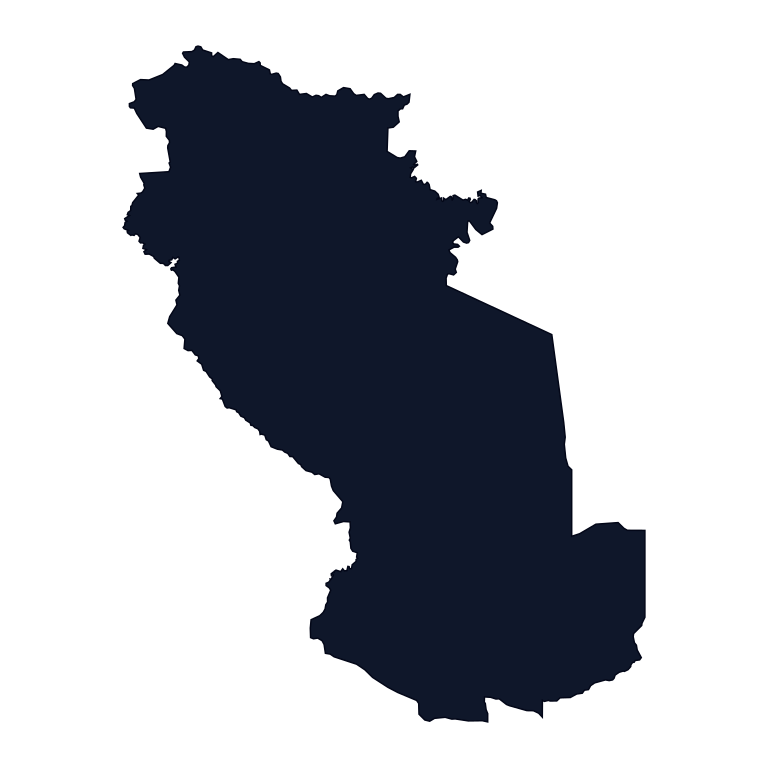 outline of Cascales, Sucumbios, Ecuador
{"feature_id": "8360857B63398910527025", "entity_name": "Cascales", "entity_type": "district", "adm_level": 2, "iso_a3": "ECU", "parent_name": "Ecuador", "parent_adm1": "Sucumbios", "projection": "mercator", "projection_center": [-77.299, 0.15], "detail": "fine", "context": "isolated", "style": "filled", "palette": "ink", "viewbox_px": 768, "rotation_deg": 0, "n_neighbors": 0, "source": "geoboundaries", "source_scale": "gbopen_adm2", "svg_char_len": 6055}
<svg xmlns="http://www.w3.org/2000/svg" viewBox="0 0 768 768"><path d="M409.9,94.3L403.4,96.9L400.2,94.4L397.6,94.4L394.2,97.5L388.4,98.7L386.0,98.3L380.6,93.3L378.0,93.0L374.3,94.6L371.6,98.3L369.2,99.2L367.5,98.3L364.2,94.4L356.2,95.4L353.7,93.7L350.1,88.7L343.5,87.6L337.8,90.9L336.8,94.7L335.2,96.1L329.7,95.8L326.0,94.4L321.3,97.4L318.7,95.7L316.0,95.3L312.3,97.0L306.4,93.5L299.5,94.4L296.9,90.1L291.5,90.4L289.6,88.0L282.6,83.8L281.0,81.2L280.4,76.9L278.2,73.5L276.2,73.1L271.6,74.4L270.3,73.9L269.4,69.9L260.3,65.4L260.1,62.8L258.9,61.6L254.3,63.7L248.4,63.4L242.2,61.7L240.2,59.3L233.3,58.7L228.3,59.6L217.9,52.5L213.2,56.7L211.6,55.7L211.6,52.9L202.7,50.0L200.8,46.8L198.0,46.1L196.0,46.7L194.4,50.1L191.9,51.6L183.4,52.0L182.6,53.3L184.5,57.2L189.3,61.9L188.9,64.9L187.1,67.0L184.8,67.2L181.8,65.0L175.1,63.5L174.1,65.3L162.7,74.5L149.0,80.0L140.5,79.6L132.7,83.6L132.6,85.5L134.4,88.4L136.1,99.4L134.2,101.8L129.4,103.6L129.4,106.4L130.4,107.8L134.3,108.1L136.8,113.5L146.4,128.1L153.2,129.2L158.1,126.4L165.6,128.3L166.4,131.4L166.3,136.3L169.4,140.4L169.5,142.8L167.9,145.5L167.7,147.9L170.2,161.8L169.1,163.0L170.6,167.2L168.9,171.7L139.7,173.5L140.6,177.1L144.1,183.2L143.8,184.9L144.8,188.1L142.6,191.9L140.8,193.1L137.3,193.5L138.7,195.1L132.7,202.6L131.9,205.7L130.8,206.3L130.7,210.5L128.1,212.4L127.3,214.7L129.5,215.5L124.7,218.6L125.3,220.3L126.9,221.2L125.1,222.4L124.6,225.7L123.1,227.4L124.2,228.8L128.5,230.5L127.2,231.3L127.5,232.8L130.9,235.4L131.7,234.9L134.1,235.4L135.6,233.7L138.0,234.7L140.2,237.6L139.0,241.2L140.5,242.9L142.5,242.8L144.9,244.1L143.5,245.4L142.9,248.4L146.4,249.6L143.9,251.7L145.1,254.2L149.3,254.1L153.7,256.5L154.3,258.2L160.3,263.3L163.4,263.4L165.4,265.5L167.8,265.5L171.0,262.6L168.8,261.3L169.1,260.3L171.7,259.8L172.9,257.3L175.1,258.9L178.3,256.8L178.9,257.3L179.3,260.3L177.4,261.3L177.6,263.2L175.0,264.3L176.0,267.0L171.6,267.7L170.8,268.9L171.4,270.2L173.0,269.9L174.9,271.4L178.9,277.2L178.3,283.3L179.5,285.8L178.7,290.3L179.9,295.1L175.9,300.1L177.0,304.9L169.7,316.6L167.8,323.4L176.8,333.6L182.2,335.6L184.9,339.1L184.1,348.5L188.0,350.6L191.9,350.4L195.3,354.9L198.1,355.7L198.9,358.4L197.2,360.9L201.7,364.2L203.6,370.3L206.1,371.4L209.7,377.0L212.3,378.9L212.2,380.6L215.6,384.9L216.1,386.7L220.3,390.8L221.9,396.4L220.2,398.6L222.4,399.1L225.2,406.5L227.1,408.0L229.2,407.7L236.0,409.8L236.7,411.7L238.7,412.7L240.8,416.1L244.4,417.7L245.8,420.2L250.2,422.9L250.9,425.3L252.8,425.5L254.8,427.5L257.9,428.8L259.7,431.4L260.1,434.5L261.4,434.1L264.8,435.1L266.3,439.7L268.5,441.0L271.1,446.7L277.4,449.2L282.4,450.0L284.6,452.0L287.8,453.4L289.9,456.5L292.7,456.6L298.4,463.5L300.7,464.5L301.7,466.7L306.0,470.6L312.0,472.2L314.7,474.5L319.1,473.8L325.1,477.2L329.0,477.5L330.3,479.2L331.5,486.1L333.3,490.6L342.8,501.7L341.6,508.0L337.1,513.2L336.5,517.1L333.9,520.8L335.3,523.8L343.5,521.5L350.1,521.9L350.4,527.9L349.1,532.2L350.3,538.2L349.3,540.1L350.3,541.8L350.9,548.3L352.7,551.2L357.3,552.7L356.6,557.1L357.6,558.3L356.1,559.5L356.1,561.4L352.2,564.7L351.5,568.7L349.7,568.8L349.1,566.6L347.9,566.4L346.9,570.6L344.4,570.9L342.7,568.8L340.7,571.6L336.0,570.1L334.2,571.3L334.2,572.3L333.3,572.1L331.2,573.8L331.3,574.7L332.1,573.8L333.4,574.8L333.2,575.8L332.1,575.9L332.1,577.7L331.0,579.3L330.1,579.0L330.3,580.1L328.7,582.2L326.1,583.3L326.1,585.6L329.2,587.8L330.7,590.2L327.5,597.8L327.6,602.0L325.8,604.8L325.1,609.0L323.2,612.4L319.8,615.7L311.1,619.7L310.3,628.1L310.6,637.6L313.5,638.8L317.7,638.1L322.1,640.7L324.1,644.5L325.4,653.3L330.2,654.1L334.1,656.8L356.6,664.2L364.9,669.8L372.6,677.4L387.9,687.3L397.8,692.5L416.6,700.4L418.7,703.4L419.0,714.2L424.8,720.0L429.7,721.2L434.6,718.3L445.2,717.3L451.8,719.1L455.2,718.9L468.3,720.9L482.3,720.7L487.7,721.9L487.7,713.6L486.1,709.7L485.3,703.4L484.3,702.1L484.5,696.9L490.7,697.3L495.9,699.0L499.2,698.8L506.5,704.5L509.5,705.7L526.9,710.6L533.4,710.7L538.7,713.2L542.3,717.1L542.4,700.3L544.3,701.4L548.5,700.4L550.1,701.0L556.8,700.9L560.1,697.8L570.3,697.5L576.7,694.0L582.3,693.2L584.4,690.2L588.5,689.6L590.6,685.7L594.6,682.9L605.5,679.9L609.2,680.6L612.6,679.9L614.1,678.2L615.1,675.1L619.1,672.3L623.1,671.1L624.4,671.4L628.0,669.7L630.7,666.6L630.9,664.8L632.6,662.4L634.1,662.3L635.2,660.5L639.6,659.9L641.3,657.6L637.2,650.0L636.4,645.2L634.4,642.7L633.2,636.7L633.6,633.6L641.7,625.5L642.0,623.2L644.9,617.3L644.9,530.4L627.4,530.3L623.9,528.3L618.1,522.6L595.9,524.2L579.7,533.7L571.7,536.3L571.7,469.8L568.0,466.2L565.7,458.0L564.3,444.3L565.2,437.2L563.7,422.2L551.8,334.6L446.3,285.6L446.1,278.1L447.3,274.7L448.0,273.8L449.5,273.8L453.6,274.9L456.3,272.4L455.2,269.1L457.7,261.7L457.3,259.9L455.6,257.3L450.0,252.6L448.9,249.9L454.0,247.2L458.1,247.2L459.4,246.2L457.6,244.4L453.5,243.9L452.7,242.4L453.2,240.8L458.4,236.8L463.4,242.0L466.6,243.1L468.5,242.6L469.7,240.4L467.0,232.3L467.6,222.2L468.4,220.8L469.5,221.0L475.8,229.5L482.0,234.6L492.9,229.1L492.7,226.3L490.0,223.4L489.9,222.4L496.6,208.3L497.4,202.8L496.5,200.8L494.9,199.8L486.2,197.5L485.5,194.2L480.9,193.2L481.2,190.4L477.6,192.0L478.1,196.1L480.2,195.5L482.0,197.7L479.0,198.1L478.1,199.0L478.3,202.5L477.3,203.6L476.5,202.7L476.6,201.0L475.1,199.6L474.1,199.4L471.8,202.2L470.3,202.6L469.1,201.5L470.3,199.4L470.0,198.2L468.7,198.0L467.6,200.2L465.6,199.3L463.0,200.1L454.9,195.1L453.1,195.6L453.0,199.0L452.2,199.8L451.2,196.6L450.3,196.4L445.9,199.6L443.7,198.2L443.6,200.7L442.8,201.4L441.8,200.7L441.6,197.9L436.8,199.5L437.1,198.4L439.1,197.2L438.1,194.2L434.8,191.1L430.1,189.6L429.1,184.5L427.9,182.8L427.1,182.3L425.4,184.3L423.4,184.4L421.3,180.3L417.1,182.1L415.6,181.6L416.4,178.3L414.6,176.4L411.3,177.9L410.2,177.4L410.6,173.8L413.2,169.6L410.6,167.9L412.6,166.9L413.7,168.2L417.7,164.9L417.4,164.3L415.1,165.0L413.7,164.5L416.8,161.4L414.5,156.8L415.7,151.0L409.2,150.8L404.8,156.8L400.2,158.1L397.1,157.5L387.1,151.4L387.9,128.0L393.3,127.2L399.2,121.9L398.0,116.3L398.0,111.0L400.5,108.8L402.6,108.8L404.3,105.1L407.1,104.1L409.0,102.2L409.9,94.3Z" fill="#0f172a" stroke="#020617" stroke-width="1.5"/></svg>